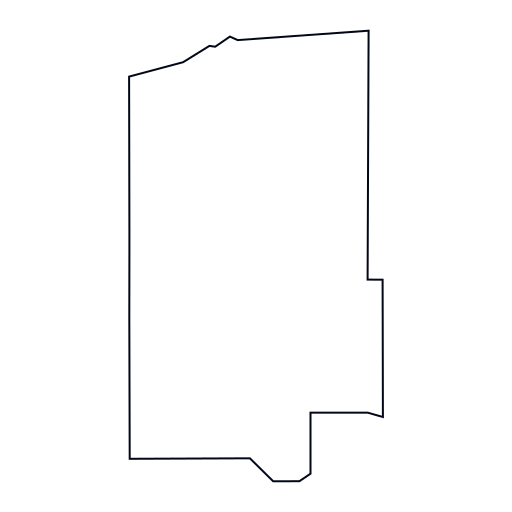 Lawrence, Mississippi, United States of America
{"feature_id": "52423323B32105317711789", "entity_name": "Lawrence", "entity_type": "district", "adm_level": 2, "iso_a3": "USA", "parent_name": "United States of America", "parent_adm1": "Mississippi", "projection": "albers", "projection_center": [-90.094, 31.545], "detail": "fine", "context": "isolated", "style": "outline", "palette": "ink", "viewbox_px": 512, "rotation_deg": 0, "n_neighbors": 0, "source": "geoboundaries", "source_scale": "gbopen_adm2", "svg_char_len": 407}
<svg xmlns="http://www.w3.org/2000/svg" viewBox="0 0 512 512"><path d="M382.9,417.0L382.8,364.6L382.7,321.5L382.6,279.7L367.6,279.6L368.6,30.7L237.7,40.1L229.9,36.6L215.2,46.7L209.4,45.9L183.1,62.2L129.1,76.6L129.1,78.0L129.4,230.4L129.4,252.2L129.3,315.6L129.7,458.8L249.9,458.3L273.2,481.3L299.4,481.2L310.5,473.7L310.5,412.7L367.8,412.7L382.9,417.0Z" fill="none" stroke="#020617" stroke-width="2"/></svg>